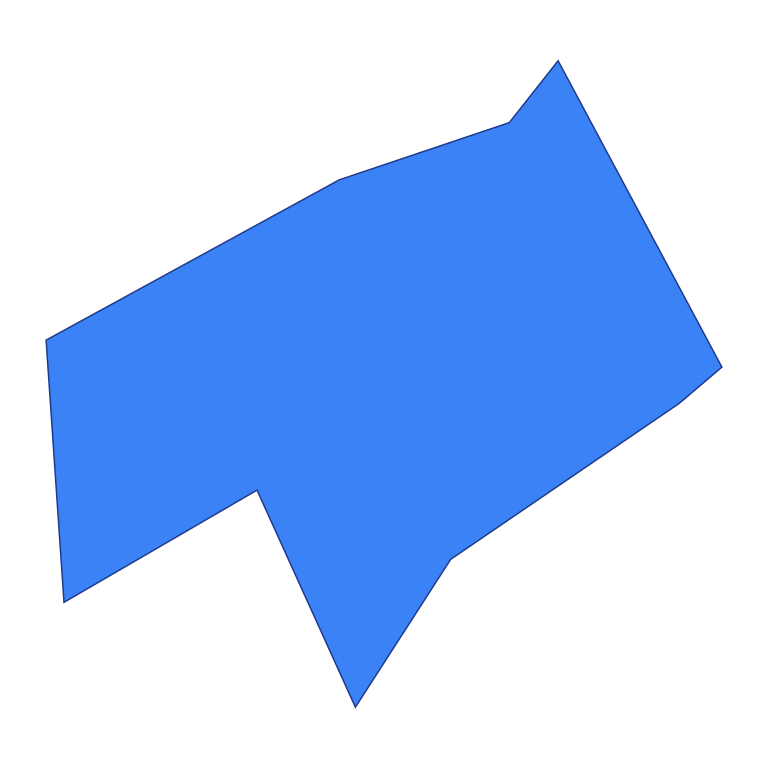 Devonshire, Equal Earth projection
{"feature_id": "BMU-5136", "entity_name": "Devonshire", "entity_type": "state/province", "adm_level": 1, "iso_a3": "BMU", "parent_name": "Bermuda", "parent_adm1": "", "projection": "equal_earth", "projection_center": [-64.76, 32.301], "detail": "fine", "context": "isolated", "style": "filled", "palette": "blue", "viewbox_px": 768, "rotation_deg": 0, "n_neighbors": 0, "source": "natural_earth", "source_scale": "10m", "svg_char_len": 260}
<svg xmlns="http://www.w3.org/2000/svg" viewBox="0 0 768 768"><path d="M46.1,340.1L339.3,179.8L509.3,122.6L558.1,60.8L721.9,367.1L679.3,403.3L450.7,559.3L355.4,707.2L257.0,490.1L64.0,602.3L46.1,340.1Z" fill="#3b82f6" stroke="#1e3a8a" stroke-width="1.5"/></svg>